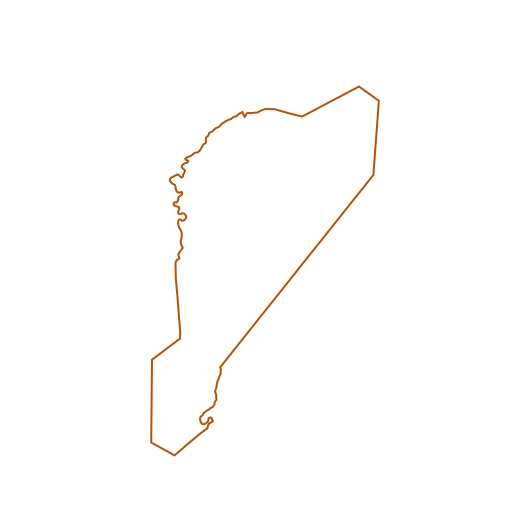 outline of Kawerau District, Bay of Plenty, New Zealand, rotated 150°
{"feature_id": "76426892B43791511168362", "entity_name": "Kawerau District", "entity_type": "district", "adm_level": 2, "iso_a3": "NZL", "parent_name": "New Zealand", "parent_adm1": "Bay of Plenty", "projection": "natural_earth1", "projection_center": [176.702, -38.085], "detail": "fine", "context": "isolated", "style": "outline", "palette": "amber", "viewbox_px": 512, "rotation_deg": 150, "n_neighbors": 0, "source": "geoboundaries", "source_scale": "gbopen_adm2", "svg_char_len": 3691}
<svg xmlns="http://www.w3.org/2000/svg" viewBox="0 0 512 512"><g transform="rotate(150 256 256)"><path d="M380.9,134.0L379.7,134.4L378.5,134.4L377.1,134.4L376.2,134.4L375.8,134.8L375.7,135.5L375.9,136.9L375.6,137.9L375.9,138.8L376.8,139.1L377.9,139.2L378.7,138.6L379.4,137.6L380.1,136.9L380.7,136.5L381.8,136.3L382.9,136.2L384.0,136.1L385.0,136.3L385.9,136.7L386.6,137.5L386.9,138.7L386.8,139.9L386.3,142.2L385.8,143.0L385.2,143.7L384.6,144.4L383.9,144.6L383.0,144.6L381.8,144.8L381.0,145.3L380.1,146.1L376.1,146.7L372.9,146.6L372.0,147.1L371.6,147.2L371.2,147.1L370.2,146.9L369.6,146.8L369.0,146.9L368.3,147.1L367.6,147.6L367.1,147.6L366.6,147.8L366.2,148.2L365.6,149.3L365.1,149.8L363.8,150.6L363.2,150.9L362.6,151.0L362.2,151.2L361.8,151.7L361.7,152.3L361.1,153.8L360.3,154.4L359.7,156.8L359.3,159.0L357.7,160.6L355.8,162.0L354.0,164.8L351.8,166.9L349.6,168.4L345.2,172.0L344.8,173.1L342.9,175.6L342.8,176.4L342.9,176.9L342.7,177.5L292.2,197.4L228.3,222.5L227.7,222.7L224.2,224.2L206.0,231.3L113.8,267.5L76.2,322.8L72.0,329.0L82.1,351.3L146.3,353.7L154.3,361.3L166.5,373.8L174.5,378.7L179.8,379.5L183.2,379.6L187.8,381.9L189.3,382.3L191.1,383.9L191.9,384.1L193.4,383.7L194.4,383.1L195.0,382.5L195.6,382.3L196.3,382.3L195.9,387.2L195.8,387.5L196.3,387.6L197.6,387.4L198.5,387.7L199.1,387.7L200.4,387.5L202.6,387.0L203.3,387.0L203.8,387.2L205.8,387.5L207.1,387.5L207.8,387.3L209.3,387.1L211.0,387.6L211.9,387.6L214.0,387.8L214.9,387.9L217.0,387.6L218.5,387.7L219.5,387.6L221.0,387.2L221.7,386.8L222.5,386.6L223.2,386.4L223.9,386.3L226.0,386.7L227.5,386.8L230.6,385.9L231.4,385.7L232.2,385.7L234.1,386.0L234.7,385.9L235.3,385.6L235.9,385.3L236.6,384.6L237.7,384.0L239.6,383.6L240.0,383.4L240.8,382.4L241.5,381.2L242.1,380.5L242.3,380.0L242.6,379.4L243.1,379.0L243.6,378.9L244.2,378.9L244.6,379.0L245.4,379.0L245.8,378.9L247.1,378.2L247.7,377.7L249.3,376.9L250.0,376.4L251.0,376.0L252.6,375.2L253.9,374.9L255.2,375.1L256.7,375.7L258.0,375.9L259.5,375.7L260.9,375.4L262.3,375.3L264.0,375.5L265.6,375.9L266.6,376.0L267.4,375.9L268.1,375.8L268.7,375.4L268.8,374.6L268.3,373.8L267.6,373.2L267.2,372.6L267.2,372.0L268.1,371.5L269.2,371.3L272.0,371.9L273.0,371.9L274.0,371.6L275.0,370.9L275.6,370.3L275.9,369.7L274.9,366.1L274.9,365.3L275.9,364.3L278.6,362.6L279.2,361.8L279.9,361.3L280.7,361.1L281.4,361.4L281.8,362.3L282.2,363.8L282.7,365.0L283.2,365.8L284.3,366.1L285.8,366.0L287.7,366.0L289.8,366.3L290.8,366.2L291.8,365.6L292.6,364.8L293.0,364.0L292.2,360.2L290.7,358.4L290.6,357.4L291.8,354.5L292.2,352.9L292.3,351.7L292.1,350.7L291.4,349.6L290.4,349.2L289.4,348.9L288.5,348.7L288.2,348.1L288.5,347.2L289.6,346.4L291.2,346.1L292.4,346.0L293.2,345.8L294.2,345.0L296.2,342.8L297.2,342.3L298.0,342.1L299.0,342.7L299.4,343.2L300.2,343.0L301.0,342.6L301.5,341.9L301.6,341.1L301.1,340.0L299.9,338.6L298.3,337.0L298.4,336.0L299.2,335.0L300.1,334.2L301.2,333.5L301.8,332.7L301.9,331.8L301.7,331.1L301.4,330.6L300.6,330.1L298.9,329.9L297.9,329.6L297.3,329.1L296.9,328.0L296.7,327.1L296.6,326.3L296.6,325.5L296.8,324.8L297.4,324.2L298.0,323.7L298.8,323.3L299.5,323.1L300.5,323.0L301.5,323.0L302.2,323.3L302.6,323.6L302.7,324.4L303.0,324.9L303.4,325.6L303.8,325.8L304.5,326.0L305.0,325.8L305.5,325.4L306.2,324.6L306.8,323.8L307.6,322.1L307.9,321.1L308.1,320.0L308.3,318.5L308.4,315.1L308.7,313.7L309.1,312.6L309.6,311.5L311.1,309.2L313.3,307.0L313.9,306.3L314.3,305.4L314.7,304.6L314.9,303.8L315.4,299.7L316.3,299.4L322.4,296.4L323.7,292.1L326.8,292.1L329.1,290.3L336.4,277.2L344.8,259.1L359.7,228.0L363.0,222.5L397.9,218.2L440.0,146.9L426.3,124.1L417.2,125.7L411.3,127.0L406.4,127.8L393.0,130.1L384.0,131.2L383.2,132.3L382.3,133.3L380.9,134.0Z" fill="none" stroke="#b45309" stroke-width="2"/></g></svg>